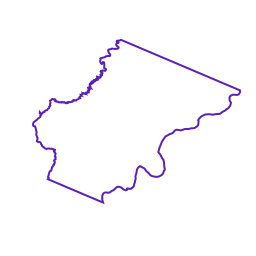 outline of Mirití-paraná (Campoamor), Amazonas, Colombia, rotated 293°
{"feature_id": "7082276B32823628766031", "entity_name": "Mirití-paraná (Campoamor)", "entity_type": "district", "adm_level": 2, "iso_a3": "COL", "parent_name": "Colombia", "parent_adm1": "Amazonas", "projection": "robinson", "projection_center": [-71.095, -0.731], "detail": "fine", "context": "isolated", "style": "outline", "palette": "violet", "viewbox_px": 256, "rotation_deg": 293, "n_neighbors": 0, "source": "geoboundaries", "source_scale": "gbopen_adm2", "svg_char_len": 5591}
<svg xmlns="http://www.w3.org/2000/svg" viewBox="0 0 256 256"><g transform="rotate(293 128 128)"><path d="M206.4,216.4L206.4,87.2L204.8,85.5L204.0,83.8L203.5,83.7L203.0,83.9L202.8,84.4L202.9,85.6L202.8,85.9L202.5,85.8L201.8,84.9L201.1,84.5L200.3,84.4L199.7,84.8L199.3,85.3L198.8,87.6L198.4,87.9L197.7,87.9L197.1,87.6L196.6,87.0L196.3,86.1L195.7,85.2L194.9,82.4L194.5,81.8L194.0,81.6L192.9,79.8L192.4,79.4L191.4,79.5L189.8,81.0L189.3,81.6L188.7,82.9L187.9,83.2L187.4,83.2L186.9,82.7L186.2,80.7L185.2,79.6L184.6,79.3L183.5,78.2L182.5,76.8L181.8,75.7L181.3,75.4L181.0,75.4L180.0,76.1L178.9,76.2L178.1,76.6L177.6,77.0L176.7,78.5L176.7,79.0L176.9,79.1L178.5,79.1L178.9,79.3L179.1,79.8L178.6,80.7L176.3,81.8L174.0,82.5L173.8,82.9L173.8,84.2L173.6,84.6L173.4,84.8L172.5,84.9L171.9,84.8L171.5,84.2L171.2,82.4L170.5,81.7L170.1,80.8L169.5,80.8L169.5,81.2L169.0,81.3L168.6,81.7L168.7,81.8L169.2,81.7L169.3,82.0L169.1,82.7L168.7,83.0L167.8,82.3L167.3,83.1L166.7,83.4L166.3,82.2L166.0,81.9L165.7,82.2L165.7,82.4L165.4,82.6L165.3,82.4L164.9,82.4L164.8,82.8L164.6,82.7L164.4,82.8L164.3,82.5L163.9,82.6L163.6,81.8L163.1,82.1L162.9,81.5L162.6,81.5L162.9,81.1L162.8,80.9L163.0,80.7L163.0,80.1L163.2,79.4L162.9,79.4L162.5,80.1L161.8,80.1L160.9,80.9L160.6,80.0L160.2,80.5L159.6,79.4L159.5,79.8L159.3,79.5L159.0,79.4L159.2,79.2L158.7,79.1L158.7,78.9L158.4,79.2L158.2,78.9L158.1,78.6L157.5,78.5L157.3,78.3L157.4,78.1L157.2,78.1L157.4,77.4L156.7,76.6L156.3,77.1L156.0,77.0L156.1,77.4L155.8,77.1L155.8,77.4L155.5,77.5L155.4,77.3L155.3,77.5L154.8,77.1L154.8,76.9L154.7,77.0L154.6,76.8L154.4,76.8L154.4,77.0L154.2,76.8L154.4,76.6L154.2,76.4L154.1,76.5L153.9,76.1L153.6,76.4L153.1,75.9L152.8,76.2L152.6,76.0L152.0,76.2L152.2,76.4L151.8,76.4L152.0,76.7L151.2,77.0L151.3,77.2L151.0,77.4L150.7,77.3L150.4,77.8L150.4,77.6L150.2,77.5L149.9,77.6L149.8,77.8L149.7,77.4L149.6,77.7L149.0,77.7L148.2,77.3L147.9,77.4L148.0,77.0L147.8,77.2L147.6,76.9L147.2,77.2L146.9,77.0L146.9,77.3L145.9,76.9L146.0,77.3L145.8,77.5L145.7,76.8L145.4,76.7L145.2,76.9L145.2,77.1L144.9,77.2L144.7,76.7L144.4,76.6L144.4,76.4L144.3,76.6L143.8,76.5L143.8,76.0L143.6,76.1L143.7,75.9L143.2,75.7L143.3,75.3L143.0,75.3L143.1,75.1L142.9,74.9L142.7,75.0L142.6,74.5L142.8,74.4L142.8,73.9L142.7,73.6L142.4,73.7L142.3,73.0L142.0,72.9L142.1,72.6L141.9,72.7L141.8,72.4L141.2,72.5L140.6,72.1L140.2,72.3L140.1,71.9L139.9,72.2L139.9,71.9L139.3,71.7L138.8,72.0L138.3,71.8L137.9,71.9L137.7,71.6L137.2,72.1L137.0,71.9L136.8,71.9L136.7,71.6L136.5,71.4L136.4,71.6L136.3,71.4L135.5,71.1L135.5,70.7L135.4,70.9L135.0,70.8L133.8,69.6L133.1,69.5L132.8,68.6L132.8,68.0L132.7,67.7L132.5,67.8L132.3,67.5L132.4,67.2L131.9,66.7L131.8,66.9L131.7,66.7L130.9,66.8L130.7,66.4L130.4,66.4L129.9,65.6L129.4,65.2L129.2,64.2L128.8,63.8L128.8,63.5L128.2,63.4L128.3,62.9L128.0,62.2L127.4,61.8L127.3,61.6L127.1,61.8L127.0,61.4L126.6,61.3L126.6,60.6L126.9,59.6L126.6,59.5L126.5,58.7L126.3,58.6L126.4,57.8L126.1,57.2L125.6,57.1L125.5,56.8L125.7,56.3L125.1,55.7L124.9,55.2L125.0,55.0L124.6,54.5L124.6,53.8L124.9,53.0L124.5,52.4L124.6,52.0L124.3,51.6L124.5,51.3L124.4,50.5L125.2,50.6L125.8,49.9L125.8,49.1L125.2,48.6L125.3,47.5L125.2,47.0L124.7,46.6L124.3,46.7L123.5,46.3L122.7,45.6L120.7,46.9L119.5,46.9L118.9,47.2L118.3,47.8L116.8,47.1L116.1,47.6L115.4,47.5L114.4,46.8L112.7,46.5L112.1,45.4L110.8,44.6L110.1,44.8L109.4,43.8L108.1,43.5L107.6,43.0L107.5,42.1L107.6,41.4L108.0,40.7L106.9,41.1L106.6,42.6L106.3,43.0L105.0,42.5L104.6,42.8L104.1,43.0L103.0,42.5L101.4,41.4L99.9,40.9L96.3,38.9L94.8,39.0L93.4,39.6L92.9,40.4L93.3,41.6L93.0,42.1L88.3,45.6L86.0,46.1L83.5,48.6L82.0,49.1L80.3,49.2L80.1,49.5L80.0,50.3L80.5,51.9L80.5,53.0L80.2,53.5L79.1,54.4L78.8,54.9L78.6,55.7L77.9,55.9L77.7,56.2L77.5,57.4L77.5,57.8L77.1,58.5L76.8,59.8L76.9,61.3L77.3,61.6L78.2,63.1L78.4,64.4L79.1,65.6L79.0,66.4L79.3,67.0L79.4,69.3L78.5,69.4L78.2,69.3L77.7,68.8L77.4,69.1L77.5,69.7L76.6,70.2L76.6,70.8L76.1,71.4L73.2,71.8L72.9,72.1L72.9,72.7L71.9,73.0L71.2,73.5L70.9,73.5L70.3,72.9L69.2,72.6L68.9,72.7L68.7,73.4L68.0,74.0L66.9,74.2L66.6,74.1L66.3,74.2L65.6,73.8L65.4,74.2L65.1,74.3L64.1,73.8L62.8,73.8L62.4,73.4L59.6,73.9L58.6,73.9L58.3,73.3L56.8,72.9L54.1,73.2L53.2,73.5L52.5,73.4L51.8,73.5L51.3,73.9L51.2,74.4L51.0,74.6L49.6,74.2L49.6,134.2L51.7,132.5L54.9,131.0L56.3,130.7L58.1,131.0L59.0,131.4L59.9,132.5L60.8,135.3L61.7,136.5L63.4,137.4L65.2,139.0L68.7,140.5L69.7,141.3L70.4,142.8L70.6,144.2L70.6,145.0L69.7,147.7L69.7,150.1L70.0,150.6L70.7,151.2L71.1,151.2L71.6,150.8L72.1,151.0L72.3,151.4L72.5,153.2L73.2,154.4L76.0,156.0L76.8,156.1L79.3,155.6L80.5,155.6L82.0,155.1L83.7,155.0L84.8,154.7L86.4,153.7L90.1,153.3L92.9,152.5L95.5,152.8L97.5,153.8L97.7,154.5L97.4,155.4L97.3,158.3L96.8,159.6L95.5,161.7L94.5,164.7L93.3,167.0L93.1,169.1L93.9,172.7L95.0,174.9L95.9,175.8L97.7,177.3L99.9,178.1L100.6,178.1L102.3,177.7L103.8,178.2L104.8,177.8L106.3,176.7L110.5,174.5L112.8,172.8L113.2,171.7L116.4,167.8L117.2,165.9L117.7,165.3L122.2,164.7L128.5,164.6L131.2,165.0L134.6,165.8L135.6,166.3L136.6,167.3L138.4,168.5L140.2,170.6L141.4,171.3L144.1,172.2L145.2,173.1L145.8,174.6L146.4,177.5L149.1,180.6L149.9,182.0L150.7,184.1L152.4,186.3L153.5,188.6L154.2,189.5L156.3,190.8L157.8,191.4L160.0,191.0L162.2,190.1L162.5,189.6L163.8,189.6L166.3,190.5L168.1,191.6L170.2,193.4L170.8,194.2L172.3,197.0L173.5,201.2L174.9,203.0L176.7,206.6L177.2,207.3L180.1,208.9L182.4,210.9L183.5,211.1L185.1,212.4L188.2,213.4L191.3,213.0L191.7,212.7L193.2,210.7L195.9,209.5L196.8,209.5L198.3,210.2L199.4,211.3L199.9,212.1L201.2,215.8L202.1,216.7L203.1,217.0L204.5,217.1L205.5,216.9L206.4,216.4Z" fill="none" stroke="#5b21b6" stroke-width="2"/></g></svg>